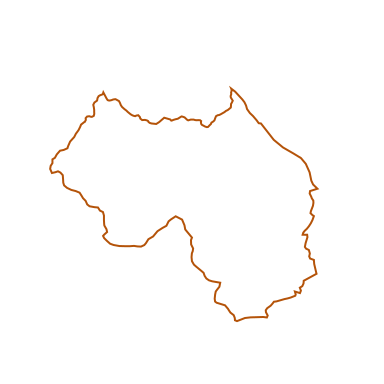 the district of Ranau, Sabah, Malaysia, rotated 107°
{"feature_id": "92858781B74051024245503", "entity_name": "Ranau", "entity_type": "district", "adm_level": 2, "iso_a3": "MYS", "parent_name": "Malaysia", "parent_adm1": "Sabah", "projection": "robinson", "projection_center": [116.758, 5.889], "detail": "fine", "context": "isolated", "style": "outline", "palette": "amber", "viewbox_px": 384, "rotation_deg": 107, "n_neighbors": 0, "source": "geoboundaries", "source_scale": "gbopen_adm2", "svg_char_len": 3620}
<svg xmlns="http://www.w3.org/2000/svg" viewBox="0 0 384 384"><g transform="rotate(107 192 192)"><path d="M156.1,315.1L160.0,317.8L162.5,318.0L166.0,318.6L170.3,320.1L173.8,320.7L179.4,323.3L184.6,323.9L186.6,323.9L189.3,327.0L191.1,330.3L195.6,332.3L199.4,333.1L201.6,335.0L205.2,333.9L208.3,334.8L211.4,334.4L214.8,331.5L213.0,328.4L211.4,326.2L211.9,323.5L213.7,320.5L217.3,319.1L220.8,317.8L223.1,316.2L224.6,312.7L225.3,308.0L225.1,303.5L225.5,299.3L227.8,296.6L229.8,294.4L231.6,291.1L234.5,288.6L235.6,285.8L235.0,280.7L234.3,277.4L236.7,274.6L237.2,271.3L240.3,269.3L244.6,268.0L248.4,266.6L249.7,266.0L252.6,262.9L255.1,261.5L258.4,263.5L260.0,264.2L261.8,262.5L263.6,259.1L265.4,255.2L265.6,251.5L264.9,245.6L263.2,239.5L262.0,235.6L260.5,231.7L260.0,228.3L259.1,224.8L256.7,222.1L254.4,221.1L249.9,219.9L245.9,216.2L239.7,213.6L239.4,213.4L235.0,209.7L231.8,206.6L226.9,205.8L224.5,204.2L220.0,200.5L221.3,193.4L226.0,189.5L229.8,187.5L231.6,184.8L235.6,178.7L238.3,178.9L242.4,177.5L245.7,174.4L248.4,174.0L250.6,174.2L254.4,173.4L258.2,171.8L260.9,168.9L262.3,165.8L264.5,160.5L265.9,157.3L268.5,155.4L270.5,153.0L271.5,149.9L271.5,146.5L270.5,138.5L274.6,138.1L278.2,139.5L280.2,140.2L283.3,139.9L287.4,139.1L290.0,137.9L290.7,136.1L290.7,131.6L290.7,127.3L293.2,123.4L294.3,122.2L296.1,120.0L297.6,116.1L299.9,114.3L302.1,113.4L302.3,111.2L297.0,104.5L294.7,99.2L293.4,95.3L291.2,88.8L290.7,87.3L290.1,83.7L288.0,83.5L285.4,86.1L283.5,86.9L281.1,86.1L277.7,83.5L275.0,82.3L273.0,81.6L271.9,79.2L267.4,72.3L265.9,69.6L264.1,66.8L261.0,62.9L259.6,62.9L257.1,64.5L257.1,62.1L257.1,59.2L254.5,59.0L252.0,60.9L249.8,59.0L246.9,58.6L244.2,59.2L242.8,57.8L233.8,49.0L233.0,49.5L225.1,54.1L221.3,55.6L221.1,59.6L219.3,61.1L216.4,61.3L213.3,63.3L212.8,66.4L211.5,68.0L207.7,68.4L205.0,68.4L201.4,68.4L199.2,69.4L199.8,71.2L200.5,73.7L198.3,73.7L196.2,72.9L193.6,71.4L190.6,70.2L187.1,69.2L183.5,68.6L179.4,68.4L178.8,70.2L177.6,72.5L175.4,72.7L172.7,72.5L169.8,72.3L166.9,72.7L164.7,73.5L163.1,75.5L161.5,76.7L159.1,79.0L156.6,79.4L152.2,73.0L149.4,78.4L146.3,81.2L138.8,85.3L131.8,91.4L127.7,97.7L125.5,106.3L122.8,118.0L118.2,129.1L106.3,146.1L106.7,148.3L104.5,151.2L101.5,155.9L99.6,159.7L96.6,163.6L93.5,165.6L90.8,168.1L88.8,170.9L83.4,180.1L81.7,184.7L82.2,184.3L83.6,183.7L85.5,183.7L86.8,183.1L89.0,183.1L90.3,182.5L91.8,180.8L92.8,179.7L94.7,180.0L96.4,180.4L98.3,179.9L99.9,179.6L101.3,180.5L103.1,181.7L104.7,183.4L106.0,184.2L109.3,187.3L110.4,188.5L111.1,189.9L112.5,191.2L114.7,191.4L117.0,191.5L118.5,192.4L120.0,193.7L121.5,193.8L122.9,194.6L125.1,195.7L125.6,196.7L125.6,198.5L125.2,200.4L124.9,202.1L124.2,203.1L122.9,203.8L121.5,204.0L121.0,205.3L121.5,207.2L122.0,208.5L122.3,210.0L122.3,211.6L123.1,214.3L124.6,216.6L124.4,217.7L123.6,219.3L122.8,220.9L122.7,223.3L122.8,224.1L123.1,224.4L126.1,227.0L127.3,229.1L128.5,230.9L129.6,232.2L129.8,232.7L129.0,234.0L129.0,234.6L129.1,240.3L134.7,243.8L137.4,246.1L138.3,250.8L138.3,252.5L137.8,254.0L137.0,254.7L136.7,256.1L136.8,258.1L137.8,260.7L136.9,262.9L135.6,263.7L134.3,265.8L135.2,267.6L136.1,268.5L136.2,269.8L136.1,271.5L135.6,273.5L134.2,276.9L133.3,278.6L132.5,280.8L131.1,283.8L129.7,285.5L127.9,286.9L126.4,288.4L125.6,292.2L126.0,293.3L126.7,294.6L127.6,295.7L128.3,296.9L128.8,298.0L128.8,299.5L128.2,300.3L127.4,301.2L122.7,305.9L124.6,305.9L126.4,308.2L127.6,309.3L129.8,309.8L132.3,309.5L135.0,311.5L137.5,311.9L139.6,310.7L142.2,309.5L143.9,309.0L145.9,308.3L147.9,308.2L149.4,309.7L149.6,310.6L149.6,312.5L150.5,314.4L152.5,315.3L154.1,314.6L156.1,315.0L156.1,315.1Z" fill="none" stroke="#b45309" stroke-width="2"/></g></svg>